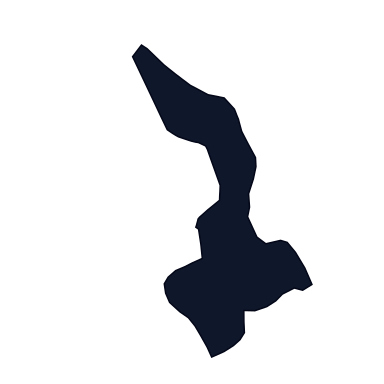 outline of Oshimili South, Delta, Nigeria, rotated 324°
{"feature_id": "59680162B32979491305099", "entity_name": "Oshimili South", "entity_type": "district", "adm_level": 2, "iso_a3": "NGA", "parent_name": "Nigeria", "parent_adm1": "Delta", "projection": "equal_earth", "projection_center": [6.686, 6.129], "detail": "fine", "context": "isolated", "style": "filled", "palette": "ink", "viewbox_px": 384, "rotation_deg": 324, "n_neighbors": 0, "source": "geoboundaries", "source_scale": "gbopen_adm2", "svg_char_len": 1386}
<svg xmlns="http://www.w3.org/2000/svg" viewBox="0 0 384 384"><g transform="rotate(324 192 192)"><path d="M174.4,222.7L175.5,225.9L168.4,239.6L161.3,251.8L150.8,249.6L142.0,248.2L132.6,246.0L122.7,246.9L120.6,247.8L115.6,250.0L111.2,258.4L109.0,268.2L111.8,281.8L115.2,291.6L115.7,302.2L114.7,312.8L113.1,326.4L110.9,337.1L124.1,339.9L135.2,340.6L144.0,339.7L151.7,336.6L157.7,327.5L164.3,318.3L173.1,325.0L185.2,328.7L195.7,329.3L205.1,327.7L218.3,329.8L223.8,336.5L234.7,337.3L238.6,319.7L240.2,301.6L239.4,288.7L235.2,283.2L221.3,277.3L218.0,266.6L222.4,244.7L229.6,238.1L236.7,226.7L249.3,217.5L252.5,214.6L258.6,209.1L262.0,203.9L263.6,201.4L264.0,198.6L264.3,196.3L265.7,185.9L266.2,182.6L267.6,173.4L267.9,171.9L271.2,163.2L272.3,160.5L273.4,155.9L274.4,152.3L274.4,152.2L275.0,149.9L273.3,134.8L269.7,130.9L269.5,130.6L262.2,122.8L260.2,118.8L256.2,110.5L253.3,104.7L250.2,94.6L247.8,86.6L245.2,77.2L243.9,72.3L239.9,49.7L237.5,43.4L223.5,47.6L218.2,76.0L214.6,95.1L211.3,112.4L209.2,123.8L208.6,127.1L210.8,133.2L212.2,136.6L213.5,139.4L215.9,142.8L217.9,145.6L219.4,147.7L221.3,150.3L224.0,153.5L226.3,155.8L230.1,162.8L229.5,166.6L226.4,177.0L218.7,203.2L214.7,208.3L212.3,211.2L209.4,214.9L195.4,215.7L194.7,215.7L189.0,216.3L183.4,216.8L181.1,217.4L180.6,217.8L180.2,218.2L177.6,220.3L175.9,221.7L174.4,222.7Z" fill="#0f172a" stroke="#020617" stroke-width="1.5"/></g></svg>